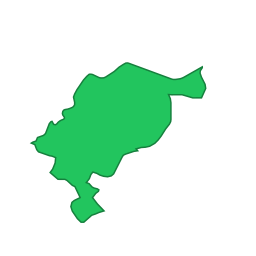 the border of Varese, rotated 64°
{"feature_id": "ITA-5451", "entity_name": "Varese", "entity_type": "Province", "adm_level": 1, "iso_a3": "ITA", "parent_name": "Italy", "parent_adm1": "", "projection": "equal_earth", "projection_center": [8.786, 45.833], "detail": "fine", "context": "isolated", "style": "filled", "palette": "green", "viewbox_px": 256, "rotation_deg": 64, "n_neighbors": 0, "source": "natural_earth", "source_scale": "10m", "svg_char_len": 1722}
<svg xmlns="http://www.w3.org/2000/svg" viewBox="0 0 256 256"><g transform="rotate(64 128 128)"><path d="M105.6,34.5L106.4,34.8L108.3,38.0L110.3,39.2L114.5,39.7L122.5,39.6L126.5,40.8L133.1,48.7L129.3,56.6L121.8,64.8L117.2,74.3L116.2,76.0L115.7,76.9L120.2,77.1L124.2,78.4L139.2,85.7L141.0,86.9L142.7,89.1L145.3,94.5L149.8,101.8L152.0,106.2L153.5,110.6L153.9,116.5L152.9,120.7L151.3,124.7L150.3,129.9L152.7,129.3L151.6,132.8L150.4,141.6L150.4,144.1L151.6,146.1L162.9,161.0L163.7,164.0L162.9,167.7L160.7,171.1L158.0,173.9L155.2,175.8L152.2,178.9L153.5,181.7L156.6,185.0L158.8,189.4L160.9,187.4L165.4,186.1L167.2,184.7L169.2,182.3L170.8,181.3L171.9,182.3L172.6,185.7L175.0,190.4L182.9,188.8L192.0,185.9L191.2,191.0L191.0,194.8L190.5,198.9L193.3,209.0L192.1,211.5L187.3,213.2L178.3,214.5L173.6,213.8L170.3,211.0L169.6,208.1L169.6,201.5L157.4,201.4L155.1,203.2L148.4,205.8L146.5,207.2L143.4,213.4L133.9,217.5L131.9,213.7L127.5,208.8L122.9,206.0L120.0,208.6L118.5,210.7L110.2,218.9L107.5,219.5L102.1,219.0L99.2,221.5L99.0,219.8L99.4,216.4L96.9,213.5L97.6,207.3L97.2,205.7L96.7,204.4L89.6,196.8L88.6,194.6L88.7,193.4L89.7,193.3L91.0,193.3L92.2,193.2L93.3,191.7L93.1,190.2L92.2,188.2L91.8,186.3L91.7,184.4L91.9,182.0L91.3,180.8L90.2,180.5L87.6,180.9L86.2,180.6L84.5,179.3L83.8,178.0L83.8,176.6L84.6,173.9L84.9,171.9L85.1,168.7L84.5,167.0L83.7,165.8L81.6,164.7L76.3,163.4L74.1,161.1L71.2,157.1L65.4,147.0L63.5,142.4L62.7,139.3L63.1,138.3L63.7,137.3L64.4,136.4L69.9,132.0L70.7,131.1L71.3,130.1L71.8,129.0L72.3,127.8L72.4,125.7L71.2,115.7L69.4,109.3L68.8,104.1L68.7,101.5L69.3,100.0L70.0,99.1L103.4,67.1L104.4,65.7L105.3,63.7L106.6,59.6L106.9,57.3L106.9,55.4L105.6,34.5Z" fill="#22c55e" stroke="#15803d" stroke-width="1.5"/></g></svg>